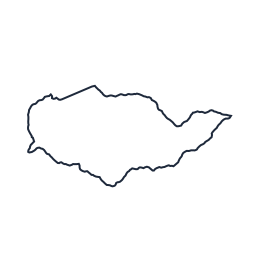 outline of Ibirapuã, Bahia, Brazil, rotated 345°
{"feature_id": "56859067B44438626938012", "entity_name": "Ibirapuã", "entity_type": "district", "adm_level": 2, "iso_a3": "BRA", "parent_name": "Brazil", "parent_adm1": "Bahia", "projection": "robinson", "projection_center": [-39.99, -17.74], "detail": "fine", "context": "isolated", "style": "outline", "palette": "slate", "viewbox_px": 256, "rotation_deg": 345, "n_neighbors": 0, "source": "geoboundaries", "source_scale": "gbopen_adm2", "svg_char_len": 3641}
<svg xmlns="http://www.w3.org/2000/svg" viewBox="0 0 256 256"><g transform="rotate(345 128 128)"><path d="M71.5,83.2L69.7,83.2L68.5,82.6L67.6,81.4L66.6,80.2L65.3,80.7L63.7,80.6L62.3,79.5L62.9,77.6L62.1,75.6L60.1,76.7L58.7,76.5L57.3,76.4L55.7,76.4L54.5,77.4L52.9,78.5L51.5,78.6L49.8,78.3L48.3,78.6L47.2,79.3L46.1,80.1L44.9,80.7L42.6,80.6L41.0,81.2L39.8,82.2L38.7,83.4L37.1,85.0L36.3,87.0L34.9,89.3L34.7,91.3L34.4,92.5L34.0,93.9L33.4,95.6L32.9,97.7L32.8,99.3L32.1,100.3L31.5,101.9L31.2,103.3L31.5,105.2L32.0,107.5L32.5,109.3L32.9,110.7L32.7,112.0L33.6,112.7L33.7,114.6L33.8,116.8L32.5,117.5L31.1,118.4L29.9,119.0L28.7,120.4L27.9,122.1L26.8,122.9L26.0,123.8L25.4,125.2L26.3,126.1L28.9,126.3L31.8,125.5L33.1,124.9L34.4,124.0L35.7,123.8L37.3,124.0L38.8,125.4L40.1,126.0L41.3,127.6L42.0,129.5L42.4,130.8L43.1,132.0L45.0,133.1L45.8,135.2L46.8,136.7L47.5,138.2L48.5,139.9L49.8,141.8L51.1,143.6L52.4,144.1L53.6,143.7L54.8,143.9L56.4,145.8L57.5,146.5L58.6,146.7L59.7,147.7L60.8,148.4L62.0,149.2L64.3,149.0L65.6,148.6L67.1,149.1L69.0,149.6L71.2,149.9L71.5,151.6L71.0,153.9L71.1,155.5L72.0,156.8L73.2,157.9L74.9,159.0L76.4,159.0L77.6,159.3L78.4,160.6L79.7,162.4L80.6,163.8L82.1,164.3L83.0,165.5L84.6,166.7L86.2,167.4L87.9,168.1L88.4,170.2L89.1,171.9L90.4,173.8L91.3,175.4L92.7,177.5L94.2,178.0L95.8,178.7L96.9,179.7L97.9,180.3L99.3,180.4L100.4,180.2L101.4,179.5L102.4,178.0L103.7,177.7L105.0,177.9L106.4,177.8L107.5,177.3L108.7,176.7L109.8,175.9L111.5,174.3L113.3,173.3L114.8,171.5L116.2,170.4L117.9,169.9L119.2,168.9L120.3,168.7L121.6,168.1L122.8,168.7L123.9,169.3L125.1,169.9L126.7,170.2L128.1,169.3L129.4,169.1L131.0,169.8L132.6,170.8L134.0,170.4L136.2,170.3L138.0,171.4L138.7,172.5L139.7,173.9L140.7,175.4L142.0,175.8L143.5,174.7L145.1,174.2L146.9,174.0L148.1,173.8L149.8,174.9L151.7,174.9L153.2,175.1L154.8,174.8L156.4,174.6L157.8,174.6L158.9,175.6L160.7,175.9L162.0,176.7L163.2,176.2L164.4,175.6L166.1,174.8L167.6,174.1L168.6,172.7L169.7,171.4L170.8,170.4L171.8,169.8L172.7,169.0L173.5,167.7L174.9,166.4L176.3,165.9L177.7,165.5L178.9,165.3L180.2,165.8L181.5,166.0L183.1,165.9L185.0,166.4L186.7,166.9L188.0,166.8L189.1,166.5L190.0,165.5L192.2,164.2L194.2,163.3L196.0,163.1L197.8,162.5L199.0,161.5L200.6,161.0L202.8,160.4L204.6,159.3L206.3,158.6L207.4,156.4L207.4,155.1L208.3,154.1L210.8,152.4L212.7,151.4L213.9,150.8L214.7,149.8L216.4,148.4L218.4,147.4L220.3,145.8L222.0,144.9L223.1,144.5L224.9,144.2L226.2,144.6L227.7,144.8L229.0,144.4L230.6,142.9L228.6,142.0L226.6,140.8L225.4,140.4L223.9,139.9L222.1,138.9L221.0,137.5L218.8,136.5L217.1,135.1L215.3,134.2L214.5,133.1L213.2,132.4L211.6,132.4L210.2,133.0L208.2,133.3L206.2,133.4L204.8,132.3L203.5,131.5L201.4,131.2L199.4,129.9L197.6,130.1L196.0,130.2L194.7,130.0L193.7,130.9L192.6,131.5L191.7,132.3L190.8,133.5L189.6,134.5L188.2,135.5L186.7,136.5L185.2,136.6L183.6,136.8L181.5,137.9L180.0,139.4L178.2,139.4L176.8,139.3L175.5,138.9L174.4,137.6L173.6,136.1L172.7,134.1L171.6,132.5L170.4,130.8L169.2,129.7L168.2,128.5L167.4,126.9L166.7,125.0L165.9,123.8L165.4,122.3L165.1,120.4L163.7,119.2L162.6,118.4L162.0,117.1L162.0,115.1L162.3,113.3L161.8,110.8L160.5,109.1L159.2,107.9L158.3,107.2L157.7,104.9L156.2,103.6L154.7,103.4L152.9,102.1L151.4,101.4L150.0,100.1L148.7,99.1L147.5,98.2L145.5,97.1L144.0,97.2L142.8,96.7L141.4,96.7L139.4,96.3L137.6,95.4L136.3,95.3L135.1,95.7L133.9,95.6L132.6,95.2L131.2,94.2L129.9,93.5L128.5,93.6L127.1,93.9L125.6,94.1L124.2,94.4L122.7,93.6L120.7,92.4L119.3,92.0L117.6,92.0L115.8,92.1L114.4,91.3L113.5,90.4L112.6,89.0L112.0,87.3L111.1,86.1L110.5,84.6L109.3,83.2L108.5,81.8L107.7,80.5L106.9,78.7L103.9,78.6L71.5,83.2Z" fill="none" stroke="#1e293b" stroke-width="2"/></g></svg>